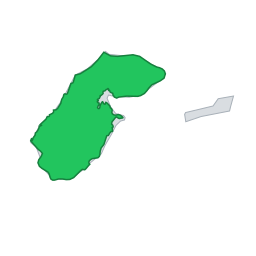 West Bank on a map of Palestine (Mercator projection), rotated 214°
{"feature_id": "WEB+00?", "entity_name": "West Bank", "entity_type": "state/province", "adm_level": 1, "iso_a3": "PSE", "parent_name": "Palestine", "parent_adm1": "", "projection": "mercator", "projection_center": [35.24, 31.944], "detail": "fine", "context": "in_parent", "style": "filled", "palette": "green", "viewbox_px": 256, "rotation_deg": 214, "n_neighbors": 0, "source": "natural_earth", "source_scale": "10m", "svg_char_len": 3188}
<svg xmlns="http://www.w3.org/2000/svg" viewBox="0 0 256 256"><g transform="rotate(214 128 128)"><path d="M200.5,61.5L202.7,81.8L198.6,99.1L198.3,114.3L201.3,142.4L194.8,154.3L191.1,168.3L189.5,178.9L184.9,178.5L170.6,186.1L151.5,193.4L130.4,195.3L127.5,193.1L126.6,189.4L132.8,171.6L135.1,163.2L144.2,154.2L157.2,146.4L162.6,144.4L162.0,141.0L154.3,135.8L146.3,133.1L138.6,135.8L136.2,135.0L135.4,132.7L138.1,129.5L139.4,123.5L138.2,113.4L137.4,101.2L135.7,91.7L140.4,76.2L141.6,68.9L147.5,53.1L161.5,43.6L173.5,46.4L179.9,47.1L182.5,48.9L184.3,54.4L193.2,60.7L200.5,61.5ZM83.6,165.5L88.7,171.0L88.9,173.0L69.8,193.8L69.6,202.7L58.4,213.5L54.8,202.8L53.3,198.9L73.8,178.4L83.6,165.5Z" fill="#d9dde1" stroke="#a8b0b8" stroke-width="1"/><path d="M163.4,42.6L164.8,43.4L167.9,46.0L169.9,46.7L176.7,46.4L180.0,46.7L183.2,48.8L184.2,51.8L184.1,55.8L184.7,59.0L187.5,59.9L190.1,60.0L192.7,60.6L201.5,62.9L201.8,63.9L202.0,65.1L201.3,65.1L201.3,64.2L200.5,64.2L200.5,65.1L201.1,66.3L201.0,70.2L202.0,72.1L201.5,73.6L201.5,76.0L201.9,78.5L202.7,80.0L202.2,80.3L201.8,80.7L201.5,81.1L201.3,81.8L202.7,81.8L201.3,87.9L200.9,90.0L201.3,91.5L201.3,92.4L200.4,92.9L199.9,93.5L199.9,94.2L200.5,95.0L198.7,98.1L198.6,99.6L199.8,101.2L197.9,102.7L197.3,104.9L197.5,110.8L198.7,113.9L199.0,115.2L199.0,117.0L199.2,118.0L199.8,119.5L199.8,120.5L199.3,121.1L198.5,121.3L197.8,121.7L197.5,122.7L200.2,133.0L199.0,134.5L199.0,135.5L201.3,142.4L197.9,146.3L195.1,152.6L192.7,158.3L191.0,167.6L190.4,177.0L190.4,177.3L182.9,178.0L176.6,181.6L164.8,191.5L158.4,193.9L144.8,193.7L138.3,194.6L135.6,195.6L132.6,196.1L129.7,195.6L127.3,193.8L126.0,189.5L127.6,185.2L132.5,177.0L133.1,172.9L133.2,169.3L133.7,165.8L135.4,162.5L135.6,162.0L137.6,159.7L146.9,153.7L150.6,150.5L152.9,148.5L154.1,146.5L156.7,146.0L157.3,146.5L158.6,146.7L160.0,148.2L162.8,147.8L164.3,148.8L164.9,148.3L165.3,148.5L165.6,149.2L166.4,149.6L166.8,149.4L167.0,148.3L167.6,147.7L167.9,145.9L168.5,145.3L169.1,144.5L168.7,143.5L168.0,142.8L168.0,141.9L168.5,140.1L169.1,139.3L168.7,138.9L168.6,137.9L168.3,136.4L168.8,135.6L169.3,134.6L168.8,134.3L168.1,134.2L167.8,134.0L168.4,133.0L168.1,132.7L167.7,132.3L167.1,132.2L165.9,132.5L165.2,131.5L165.0,130.6L165.1,129.4L164.6,127.8L163.5,127.5L162.8,128.1L162.7,128.9L163.2,129.9L163.6,131.1L164.0,133.0L164.0,134.9L163.9,135.4L163.7,135.6L161.9,134.6L161.1,134.6L160.4,134.8L160.3,135.4L160.7,136.2L160.7,136.9L159.4,137.0L155.4,136.1L153.7,134.8L152.7,134.9L151.1,134.0L150.1,131.8L148.8,131.0L147.5,131.0L146.6,131.1L145.4,131.8L143.5,133.8L141.9,134.2L140.6,134.3L138.3,134.0L138.0,133.7L138.2,133.2L139.4,132.1L140.3,131.1L141.2,130.8L143.7,130.7L144.2,130.1L144.7,124.1L143.7,122.0L142.2,121.8L141.1,120.8L140.9,120.1L141.3,119.4L140.6,118.8L139.0,116.6L140.2,115.1L140.3,113.1L140.1,110.9L141.3,109.7L138.8,100.9L139.1,96.4L138.0,93.1L136.4,90.1L135.9,88.4L136.3,86.5L140.5,82.6L141.3,81.0L141.7,79.3L141.5,78.0L140.7,77.0L139.4,76.6L139.7,74.9L140.1,70.8L140.5,69.2L141.0,68.9L142.4,68.4L142.8,68.1L143.6,65.4L144.0,63.2L145.3,56.5L147.5,52.8L150.3,50.7L153.6,49.2L157.0,47.0L159.7,43.8L161.2,42.7L163.2,42.5L163.4,42.6Z" fill="#22c55e" stroke="#15803d" stroke-width="1.5"/></g></svg>